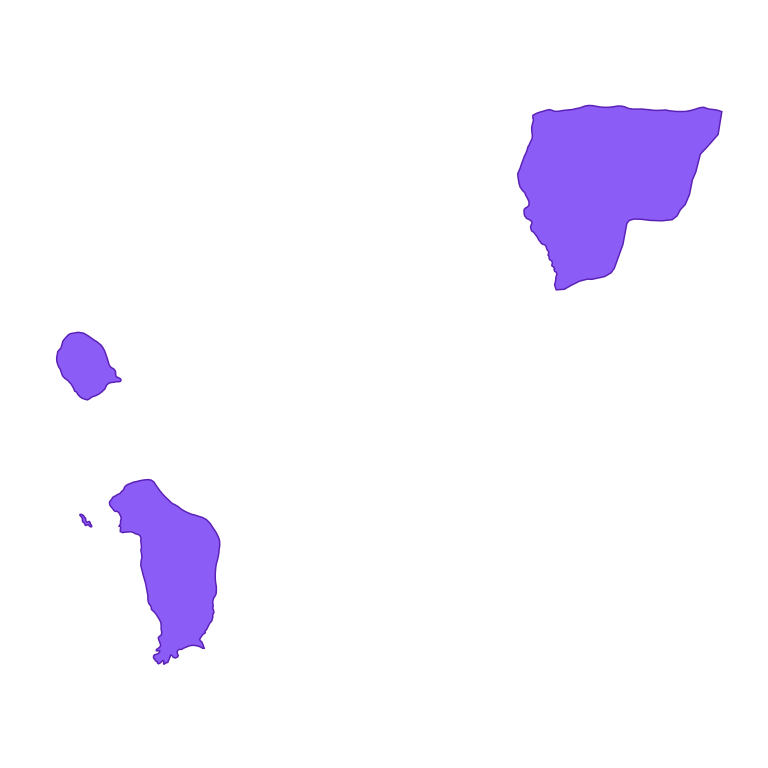 Tongariki, Shefa, Vanuatu (orthographic projection), rotated 92°
{"feature_id": "77236927B69606331838756", "entity_name": "Tongariki", "entity_type": "district", "adm_level": 2, "iso_a3": "VUT", "parent_name": "Vanuatu", "parent_adm1": "Shefa", "projection": "orthographic", "projection_center": [168.594, -16.963], "detail": "fine", "context": "isolated", "style": "filled", "palette": "violet", "viewbox_px": 768, "rotation_deg": 92, "n_neighbors": 0, "source": "geoboundaries", "source_scale": "gbopen_adm2", "svg_char_len": 6019}
<svg xmlns="http://www.w3.org/2000/svg" viewBox="0 0 768 768"><g transform="rotate(92 384 384)"><path d="M100.0,55.9L98.7,60.4L98.1,65.7L97.9,68.8L97.0,72.0L96.3,74.0L96.6,76.7L97.4,79.7L98.5,82.5L99.9,86.8L101.0,91.7L101.1,93.2L101.3,96.0L101.4,101.8L100.9,109.0L100.3,111.9L100.6,114.6L101.0,119.9L101.1,124.2L100.7,127.5L100.5,131.8L100.2,135.6L100.4,140.7L100.6,145.1L99.9,150.0L98.8,152.4L98.0,156.1L98.0,159.9L98.3,161.5L98.8,163.8L99.5,167.8L99.8,172.4L99.7,176.7L99.2,180.5L99.1,181.6L98.5,185.2L98.5,189.0L99.0,192.1L100.0,194.9L101.2,197.8L102.1,201.7L103.1,205.1L103.7,209.8L104.4,214.6L105.3,219.1L105.5,221.5L105.5,223.1L105.1,224.3L104.5,225.8L104.0,228.5L104.8,231.6L105.8,234.2L106.0,235.1L106.9,237.8L108.1,240.9L109.1,242.6L110.3,244.6L112.7,244.5L115.0,243.9L117.3,244.3L119.8,244.9L122.7,245.4L126.8,245.0L130.4,244.4L133.2,244.5L135.2,245.3L137.8,246.5L139.6,247.1L141.9,248.4L145.6,249.3L148.3,250.2L151.5,251.7L155.9,253.1L159.2,254.2L163.6,255.5L166.7,256.7L169.2,257.7L173.0,257.2L178.2,256.2L182.3,254.9L184.8,253.1L186.2,251.9L187.2,250.7L187.8,250.0L190.4,249.0L193.0,247.3L196.0,245.8L196.5,245.5L199.9,245.3L201.8,246.5L202.0,246.8L203.3,248.9L204.8,250.1L208.9,249.9L211.1,249.2L213.6,247.2L214.8,244.2L216.4,242.1L218.6,241.8L220.1,242.6L222.1,243.0L225.6,242.0L226.4,241.0L227.2,239.6L231.9,235.9L234.7,234.3L236.1,233.0L238.2,231.5L239.0,229.6L239.2,228.8L239.9,227.4L241.9,226.5L244.0,225.8L246.0,224.1L247.9,224.1L249.4,224.6L250.8,223.5L252.9,223.3L254.2,222.5L255.1,220.6L257.5,220.0L259.8,220.5L261.2,218.7L262.4,217.6L263.7,218.1L265.6,217.2L266.2,215.8L268.1,215.0L270.1,215.6L272.2,216.0L274.1,216.0L276.5,216.4L278.7,217.0L281.1,216.2L283.9,215.2L283.0,207.0L279.1,200.8L274.4,192.2L272.1,184.4L272.1,179.7L268.9,167.2L265.0,161.0L260.4,157.9L236.2,150.1L215.1,146.9L212.0,144.6L210.4,139.9L210.4,132.9L211.2,123.5L211.2,111.8L209.7,101.7L205.8,97.0L199.5,93.9L194.1,89.2L183.9,85.3L169.1,82.9L161.3,79.8L143.3,75.9L137.1,70.4L123.0,58.8L100.0,55.9ZM573.0,620.7L574.0,620.7L577.9,619.5L582.5,618.3L587.8,616.5L592.7,615.0L594.7,614.6L598.8,613.7L603.7,612.6L608.1,612.4L611.6,611.4L613.6,609.7L615.0,608.8L616.6,608.8L618.1,607.9L619.6,605.9L622.2,603.6L625.3,601.5L627.8,599.9L630.2,598.7L633.1,598.3L636.7,598.2L640.2,597.4L642.8,598.0L644.0,599.6L645.4,600.7L647.1,600.4L649.7,599.2L653.0,598.0L654.7,598.9L656.3,600.8L657.3,602.1L658.6,602.2L658.6,600.9L658.3,599.0L659.3,598.7L660.9,599.8L661.9,601.6L662.6,603.9L663.9,604.8L665.7,604.8L666.7,604.1L666.9,603.2L668.2,603.0L668.3,603.0L669.2,601.7L669.4,600.8L670.8,600.6L671.5,599.6L670.5,597.8L669.3,596.6L668.0,595.3L668.7,594.4L671.3,594.5L671.7,593.9L670.5,592.4L669.7,590.3L668.4,589.9L664.5,588.4L662.3,587.7L662.7,586.5L664.6,584.9L665.1,582.8L664.1,580.9L662.7,580.1L659.5,581.5L657.3,580.8L656.3,579.1L656.3,577.0L655.0,575.0L653.8,572.4L652.3,569.0L652.1,567.5L651.8,565.0L652.2,561.6L653.0,558.8L654.4,556.1L654.4,554.5L653.1,554.9L650.2,556.1L648.1,557.1L646.9,558.7L645.4,559.3L642.1,557.3L640.2,555.8L638.9,553.9L637.2,554.2L635.5,552.7L632.2,551.2L629.4,549.9L626.7,547.8L623.2,547.0L620.7,547.1L618.4,546.0L615.7,546.5L614.2,547.4L612.1,546.9L609.2,547.4L606.8,547.5L603.7,546.6L601.6,545.3L599.6,544.5L595.9,544.3L592.4,544.5L588.0,545.4L584.5,545.8L579.6,546.0L576.5,545.9L572.6,545.7L568.7,545.1L565.7,544.3L562.0,543.6L558.3,543.1L555.0,543.0L554.7,543.0L551.4,542.5L546.6,542.8L543.1,544.0L540.8,545.2L539.1,546.1L536.5,547.8L532.3,550.9L529.6,552.7L528.5,553.8L527.2,555.1L525.6,557.0L523.8,560.6L522.7,564.6L521.5,568.7L521.3,569.7L520.9,571.8L519.7,575.0L518.3,578.4L516.0,582.5L515.3,583.5L513.5,585.8L511.6,589.4L511.2,590.6L511.1,590.9L510.0,592.5L509.8,592.7L507.1,595.6L504.7,598.4L501.8,601.4L498.7,604.1L493.3,608.3L490.0,610.5L488.2,613.2L487.9,615.3L487.8,616.1L487.9,617.7L488.2,619.9L488.6,622.2L489.2,624.7L489.8,626.9L490.2,628.0L490.5,629.4L491.0,631.4L492.2,633.8L493.3,636.6L494.9,638.7L496.3,639.8L498.7,640.5L498.8,640.6L499.8,641.6L500.9,642.8L502.7,644.1L503.6,646.1L504.1,647.1L505.2,648.3L505.8,649.9L506.8,651.2L508.8,652.2L510.4,653.6L512.0,654.3L514.7,653.7L516.0,652.7L516.8,652.0L518.1,650.8L519.8,649.5L520.7,648.2L520.6,646.3L521.7,644.6L524.6,642.9L527.4,641.9L529.8,642.5L533.2,642.5L534.4,643.4L535.4,643.8L535.6,642.4L536.7,642.2L538.5,642.4L540.7,642.4L541.3,640.7L541.7,640.0L541.1,637.5L540.8,634.1L540.5,631.8L541.1,629.4L542.2,627.6L542.8,625.2L543.1,624.1L543.5,623.5L544.2,622.5L546.6,621.4L549.3,621.6L552.9,621.0L556.0,620.7L558.6,621.2L561.6,620.5L565.7,619.9L569.5,620.6L573.0,620.7ZM381.0,707.9L382.9,707.2L385.8,706.1L387.6,705.1L389.4,703.3L391.4,700.2L395.1,696.6L398.4,694.5L402.1,692.7L402.6,691.2L405.4,689.4L407.2,687.5L408.9,685.1L409.3,683.2L409.7,682.4L410.2,679.7L408.9,677.6L407.7,676.2L407.0,675.1L405.9,672.1L405.3,670.8L404.1,668.7L401.5,665.5L398.8,662.8L394.9,661.2L392.9,659.2L392.0,656.5L391.6,653.5L391.1,651.8L391.0,649.1L390.9,648.4L390.3,647.3L389.1,647.0L388.1,647.5L387.6,648.3L387.3,648.8L386.4,651.1L385.3,652.2L383.8,652.5L382.1,652.6L380.4,652.9L378.4,654.5L377.4,656.5L376.6,657.7L375.7,658.6L373.5,659.7L371.6,660.3L368.6,661.3L365.7,662.4L362.5,663.6L360.4,664.5L357.1,666.5L355.2,668.0L353.5,670.1L352.9,671.0L351.8,672.3L351.1,673.6L350.0,675.6L348.3,678.1L346.4,681.0L344.5,684.5L343.6,686.3L343.3,689.3L343.0,691.5L343.8,694.9L344.1,697.0L344.7,699.3L346.1,701.4L348.7,703.7L352.1,706.3L356.5,707.4L359.5,708.2L361.0,709.6L363.1,711.2L366.1,711.6L369.1,712.1L372.7,711.8L375.2,711.0L378.1,709.8L380.0,708.5L381.0,707.9ZM530.8,677.2L529.3,677.4L528.3,677.8L527.6,678.8L526.3,679.4L525.3,680.6L524.8,682.0L524.9,683.1L525.5,683.4L526.7,682.6L527.8,681.4L529.2,680.7L531.2,680.7L532.3,680.2L533.0,679.2L534.2,678.2L535.4,677.8L535.8,676.9L535.0,675.3L535.0,674.2L536.3,673.4L536.9,672.4L537.0,671.9L536.9,671.3L536.3,671.1L535.5,671.4L534.6,672.0L534.1,672.5L533.4,672.8L532.6,672.9L531.7,673.6L531.7,674.1L532.1,675.0L532.4,676.0L531.8,676.9L530.8,677.2Z" fill="#8b5cf6" stroke="#5b21b6" stroke-width="1.5"/></g></svg>